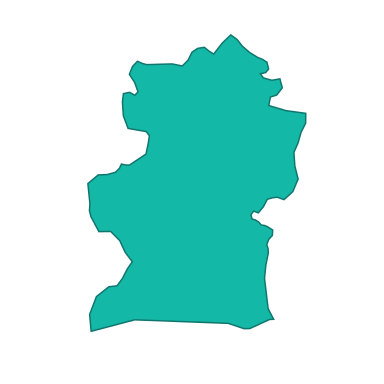 map outline of Vratsa (Mercator projection), rotated 168°
{"feature_id": "BGR-2251", "entity_name": "Vratsa", "entity_type": "Province", "adm_level": 1, "iso_a3": "BGR", "parent_name": "Bulgaria", "parent_adm1": "", "projection": "mercator", "projection_center": [23.765, 43.427], "detail": "fine", "context": "isolated", "style": "filled", "palette": "teal", "viewbox_px": 384, "rotation_deg": 168, "n_neighbors": 0, "source": "natural_earth", "source_scale": "10m", "svg_char_len": 1410}
<svg xmlns="http://www.w3.org/2000/svg" viewBox="0 0 384 384"><g transform="rotate(168 192 192)"><path d="M138.6,50.5L142.5,51.2L163.9,46.4L169.5,47.5L183.9,56.0L272.3,78.3L274.8,78.9L319.6,76.7L317.6,93.5L307.2,109.6L293.0,116.6L284.9,115.8L278.0,121.9L271.2,130.3L264.9,136.2L269.9,146.9L272.8,159.5L279.7,170.3L291.3,172.6L296.0,189.0L296.2,195.0L294.3,201.7L292.1,221.9L280.2,228.2L271.3,226.7L262.8,227.2L258.0,230.3L255.2,234.0L251.5,232.3L247.7,231.3L229.1,238.7L224.6,248.9L222.0,255.9L224.2,260.6L241.3,267.5L243.3,280.8L241.3,294.7L238.6,302.5L232.2,302.4L227.8,298.5L224.0,301.2L225.3,311.0L228.8,320.1L224.1,327.1L218.2,331.2L213.9,328.1L209.8,326.0L184.8,321.4L175.3,317.3L168.4,321.8L162.9,328.8L156.6,331.3L149.9,331.0L146.0,326.2L142.1,322.4L131.3,331.5L121.4,337.6L116.2,331.8L112.4,324.1L106.5,316.4L99.8,310.0L95.5,307.1L91.7,303.3L91.5,296.4L95.1,293.5L100.5,293.4L98.5,288.8L90.7,284.7L82.5,284.4L82.0,275.1L89.0,269.2L95.6,268.6L98.9,260.6L83.3,252.1L64.4,245.3L66.5,235.7L72.8,227.9L77.9,218.2L84.1,209.5L86.0,196.0L85.5,182.6L93.3,171.4L103.6,165.4L109.7,169.2L114.7,169.6L119.8,169.2L125.4,162.6L131.5,157.8L135.7,160.5L139.1,157.4L138.8,153.1L135.7,151.4L133.0,148.7L131.1,145.3L128.0,144.2L125.3,142.3L121.0,138.0L122.4,132.8L126.8,129.7L129.8,125.0L129.4,120.8L130.0,116.6L135.0,105.0L139.0,92.5L141.8,62.1L138.6,50.5Z" fill="#14b8a6" stroke="#0f766e" stroke-width="1.5"/></g></svg>